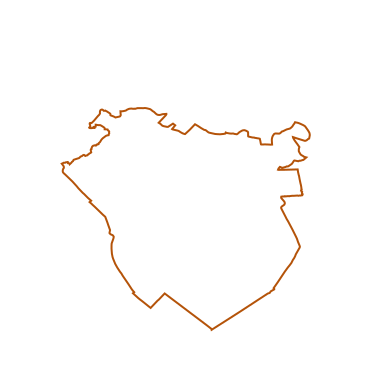 outline of Campia Turzii, Cluj, Romania, rotated 305°
{"feature_id": "2599482B77881741819367", "entity_name": "Campia Turzii", "entity_type": "district", "adm_level": 2, "iso_a3": "ROU", "parent_name": "Romania", "parent_adm1": "Cluj", "projection": "orthographic", "projection_center": [23.883, 46.542], "detail": "fine", "context": "isolated", "style": "outline", "palette": "amber", "viewbox_px": 384, "rotation_deg": 305, "n_neighbors": 0, "source": "geoboundaries", "source_scale": "gbopen_adm2", "svg_char_len": 5878}
<svg xmlns="http://www.w3.org/2000/svg" viewBox="0 0 384 384"><g transform="rotate(305 192 192)"><path d="M308.3,236.4L306.5,236.6L305.6,236.5L303.2,236.6L301.6,236.3L300.1,235.8L297.5,233.6L294.0,231.7L293.2,231.0L291.2,230.6L290.1,230.2L289.4,229.3L287.9,226.9L287.2,226.3L286.6,226.0L284.4,226.0L283.0,226.3L281.5,226.9L280.9,227.2L279.9,227.9L276.8,230.4L275.9,229.3L275.0,227.8L272.8,224.4L270.9,221.9L270.6,221.2L271.3,220.4L272.9,218.8L274.5,217.0L274.2,216.1L273.3,214.3L272.9,213.3L272.5,212.7L272.2,211.6L271.3,210.2L269.8,206.4L269.8,206.2L270.0,205.9L272.8,203.9L273.4,203.1L273.2,201.1L272.9,200.0L272.6,199.3L271.7,198.3L270.8,197.7L268.4,196.6L267.5,196.3L267.0,196.3L265.7,195.9L265.0,195.6L264.0,193.6L263.7,192.7L263.5,192.1L262.4,190.7L261.7,189.6L260.3,186.6L260.2,186.4L260.2,185.9L260.1,185.5L259.0,185.8L257.8,184.7L255.4,181.9L254.3,180.2L252.8,177.7L250.8,172.9L250.3,171.5L250.3,170.5L250.5,167.8L250.4,167.4L249.9,166.4L249.8,165.3L249.6,163.0L249.5,159.0L249.2,155.6L241.9,154.5L235.5,153.1L235.3,152.8L234.8,151.2L234.6,150.1L234.5,149.0L234.4,148.1L234.4,146.4L234.2,145.5L234.0,144.9L232.6,141.4L232.1,140.0L232.1,139.6L237.0,140.0L237.1,137.2L231.6,135.0L231.0,134.1L229.7,131.1L229.3,129.7L229.7,127.0L229.6,125.0L239.7,126.5L240.5,126.5L241.1,126.4L241.3,126.2L238.8,123.2L237.1,121.9L236.3,121.0L235.9,120.3L235.6,119.7L235.4,118.8L235.4,117.7L235.8,115.1L235.8,114.5L235.7,113.4L235.9,111.4L235.8,110.0L234.7,107.1L234.2,106.0L233.6,105.0L232.7,104.0L231.9,102.8L229.5,99.3L227.4,97.6L227.2,97.0L226.4,96.1L225.6,94.5L224.4,93.1L223.7,92.5L222.0,91.5L221.0,91.2L220.3,90.7L218.7,89.2L217.5,87.8L217.1,87.1L215.4,88.4L214.2,89.5L212.9,89.7L212.4,89.5L209.1,86.5L209.1,85.6L208.8,84.1L208.6,83.2L208.2,81.9L208.1,81.2L208.9,80.5L209.2,80.2L209.3,79.1L209.2,77.6L209.2,76.3L209.0,75.1L209.0,74.3L208.2,73.6L207.9,73.1L208.1,72.1L208.1,71.4L207.6,70.6L206.9,70.2L206.3,70.1L205.8,70.2L204.8,70.6L203.5,71.6L202.0,71.7L200.5,71.4L194.1,70.8L191.4,70.3L190.8,70.1L190.5,69.8L190.2,69.0L189.8,68.8L189.4,68.9L188.8,69.4L188.4,70.1L187.6,70.8L187.4,71.1L185.8,70.8L185.7,70.9L185.7,71.3L185.8,71.7L186.5,72.8L187.7,74.2L187.9,74.4L188.5,74.0L188.9,74.2L188.8,74.4L188.4,75.2L188.6,75.5L188.8,75.5L189.5,75.0L190.3,75.6L191.9,74.5L192.2,75.0L192.6,76.1L193.0,76.8L193.9,78.1L194.2,78.7L194.4,81.3L194.4,82.3L194.4,83.3L194.2,83.8L193.9,84.2L193.3,84.5L194.8,87.0L194.3,87.8L194.2,89.1L194.1,89.4L193.1,90.0L192.5,90.6L191.4,90.7L190.7,91.1L189.5,89.9L188.6,89.3L184.9,88.1L183.0,87.8L180.1,88.0L178.5,87.6L178.1,87.7L177.7,88.0L177.3,87.8L177.2,87.4L176.8,87.3L176.6,87.0L176.2,86.7L175.9,86.6L175.4,86.9L175.1,86.8L174.7,86.4L174.5,85.6L174.3,85.4L173.2,84.5L172.5,84.3L171.9,84.2L170.6,84.5L169.4,85.1L169.0,84.7L168.6,84.8L167.8,85.4L166.7,86.7L165.8,86.5L164.6,85.8L163.7,85.7L163.0,85.3L162.1,85.3L161.4,84.6L160.3,83.9L160.3,83.7L160.5,83.0L160.5,82.6L160.4,82.2L160.1,81.9L159.6,81.6L158.2,81.2L157.1,80.4L155.8,80.2L155.0,80.0L152.8,78.3L150.5,76.6L150.1,76.6L149.0,76.8L147.9,76.4L146.8,76.4L144.5,75.9L144.9,75.3L145.0,74.9L144.9,74.6L144.5,73.9L145.2,73.3L145.3,73.2L145.1,72.7L144.4,72.2L144.1,71.7L143.7,71.6L143.4,71.5L142.4,70.1L141.5,69.7L140.5,69.1L139.7,71.6L139.5,72.0L139.0,72.7L138.2,73.2L137.1,73.2L135.8,73.6L134.5,74.5L134.2,74.9L133.8,76.1L133.6,78.0L132.0,88.1L130.6,94.3L129.9,96.7L128.6,103.1L128.5,104.3L128.5,104.5L127.5,110.0L127.0,114.4L125.0,113.9L124.7,116.7L124.5,117.7L124.1,120.8L122.3,131.9L122.0,134.5L121.9,135.2L118.4,140.3L117.2,141.9L113.8,146.7L111.1,147.9L110.9,148.2L110.7,149.5L110.8,150.4L111.0,151.1L111.1,151.7L111.0,152.3L110.7,153.1L110.5,153.5L109.6,154.0L108.5,154.4L103.8,155.7L102.3,156.6L99.4,158.6L95.5,161.8L93.1,164.3L92.0,165.8L89.1,170.3L87.3,174.0L85.4,178.7L84.7,181.1L84.3,181.8L83.4,183.9L80.1,192.7L77.8,198.4L77.2,200.3L76.8,202.1L75.2,201.7L74.3,208.6L74.1,211.2L74.0,213.9L73.3,224.6L83.3,226.1L84.6,226.5L93.2,227.8L91.3,280.8L91.0,286.5L90.4,287.1L120.6,299.6L152.3,312.3L153.8,313.5L155.8,313.5L159.4,315.2L159.8,314.9L159.6,314.4L160.0,314.0L167.3,314.0L180.1,313.7L185.2,313.8L187.9,314.0L190.9,314.1L194.2,313.6L196.3,313.6L198.6,313.3L200.4,312.8L206.7,312.2L208.1,312.1L209.0,311.8L209.7,311.0L211.9,307.5L213.9,304.8L215.0,302.9L218.7,296.1L223.0,287.7L224.3,284.8L225.3,283.0L229.5,275.0L230.1,274.1L230.7,273.9L231.2,273.8L232.1,274.0L233.6,274.6L234.7,274.9L236.0,274.5L236.8,273.7L237.2,272.7L238.2,268.7L238.6,268.2L239.4,267.8L240.6,269.1L241.1,270.0L241.4,270.3L241.9,270.5L242.0,271.1L243.7,273.0L244.2,273.9L244.3,274.1L244.5,274.2L246.5,276.4L247.3,277.6L249.5,280.3L250.0,281.4L250.8,282.1L251.2,282.8L252.2,283.8L252.5,283.7L253.0,284.3L252.9,284.6L253.0,284.9L253.1,284.2L253.4,284.0L253.4,283.9L253.2,283.5L253.3,283.4L253.6,283.7L253.8,283.6L254.0,283.4L254.1,282.9L254.5,282.6L254.8,282.1L255.3,282.0L255.3,281.8L255.2,281.6L255.5,281.0L256.3,280.7L256.1,280.4L257.1,280.1L257.4,279.7L257.8,279.6L258.2,279.1L258.7,278.7L259.0,278.4L260.1,277.3L261.4,275.8L264.5,272.5L266.7,270.3L267.1,269.7L269.0,267.6L271.1,265.6L262.8,254.4L259.8,250.2L259.6,249.7L260.9,249.4L263.0,249.6L263.2,250.2L263.3,251.4L263.5,251.6L263.6,252.0L263.8,252.3L266.3,254.4L267.0,254.7L267.5,255.1L267.7,255.6L268.0,255.9L268.4,256.2L270.1,256.8L270.7,257.1L272.6,257.7L275.8,257.6L276.4,257.7L276.6,257.9L278.2,261.5L279.2,262.0L279.9,263.0L281.9,264.5L282.1,264.8L285.0,265.6L285.9,265.8L285.0,263.3L285.2,262.9L285.0,260.7L285.0,259.6L285.4,258.6L286.5,256.3L287.6,255.4L289.0,254.6L290.4,254.2L291.7,250.7L292.2,249.1L293.1,246.5L294.2,244.1L294.6,243.5L294.9,243.2L295.3,244.5L295.6,245.6L296.0,246.9L298.6,255.0L299.0,255.5L300.0,256.2L302.2,256.8L303.0,257.3L305.9,256.0L306.5,255.6L307.6,254.5L308.0,253.9L309.0,251.7L310.5,247.5L310.7,246.6L310.6,244.9L310.0,241.5L309.6,239.7L309.0,238.1L308.6,237.3L308.3,236.4Z" fill="none" stroke="#b45309" stroke-width="2"/></g></svg>